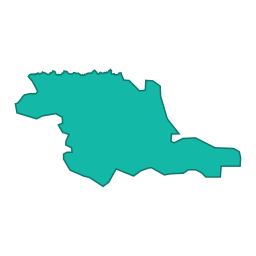 Kochkor, Naryn, Kyrgyzstan
{"feature_id": "92254566B91475700804664", "entity_name": "Kochkor", "entity_type": "district", "adm_level": 2, "iso_a3": "KGZ", "parent_name": "Kyrgyzstan", "parent_adm1": "Naryn", "projection": "mercator", "projection_center": [75.232, 42.072], "detail": "fine", "context": "isolated", "style": "filled", "palette": "teal", "viewbox_px": 256, "rotation_deg": 0, "n_neighbors": 0, "source": "geoboundaries", "source_scale": "gbopen_adm2", "svg_char_len": 3527}
<svg xmlns="http://www.w3.org/2000/svg" viewBox="0 0 256 256"><path d="M29.4,75.0L28.4,76.5L29.4,77.9L32.2,81.1L34.7,85.4L37.4,91.0L37.6,91.9L36.1,93.6L33.9,93.8L30.3,93.6L28.6,94.0L24.6,94.9L22.9,96.4L22.0,97.7L18.2,102.6L16.7,103.5L15.4,103.8L17.0,112.9L36.7,118.8L42.0,116.0L55.8,113.6L62.3,117.3L62.6,123.2L58.3,125.0L62.7,132.4L69.0,134.4L66.0,141.1L65.8,145.0L71.5,147.7L72.1,152.3L66.8,152.3L63.6,154.1L63.6,154.7L63.6,159.1L63.9,159.6L70.1,170.1L83.7,176.0L89.7,177.6L103.1,186.4L108.8,182.1L116.1,168.9L133.6,176.0L140.9,170.7L148.2,168.1L151.6,167.7L164.4,174.9L170.0,173.8L183.4,173.2L188.2,169.8L195.9,169.8L201.5,172.7L205.8,177.0L220.3,177.0L221.2,166.1L240.1,166.1L240.6,157.8L239.3,151.8L233.4,148.5L215.0,147.8L195.4,137.9L182.8,138.5L174.2,142.8L171.0,141.5L171.5,134.0L179.1,133.8L167.2,118.8L160.6,96.3L160.2,86.2L152.8,80.9L145.8,80.4L145.3,90.3L139.4,90.8L129.1,80.5L123.8,80.1L121.7,75.5L121.0,72.9L120.6,73.1L120.2,73.0L119.9,72.9L119.3,73.2L118.9,73.2L118.8,74.0L118.4,74.2L118.1,74.5L117.6,74.7L117.0,74.7L116.6,75.0L116.1,74.7L115.5,74.8L114.7,74.8L114.3,74.2L114.2,73.9L113.9,73.7L113.5,73.9L113.2,74.1L112.7,74.2L112.2,74.2L111.7,73.8L111.5,73.4L111.2,73.2L111.2,72.2L111.0,71.8L111.1,71.6L111.5,71.4L111.5,70.9L111.3,70.6L111.3,70.4L111.0,70.2L110.4,69.6L110.3,70.0L110.1,70.2L109.8,70.4L109.0,70.9L107.7,72.5L107.2,72.7L106.5,72.2L106.2,72.6L105.9,72.8L105.3,73.0L105.0,72.7L104.8,72.5L104.1,72.7L103.9,73.0L103.7,73.1L103.0,73.2L102.5,73.5L101.9,73.3L101.3,72.9L100.8,72.4L100.7,72.4L100.3,72.4L99.9,72.7L99.6,73.1L99.2,73.2L99.1,73.7L98.9,74.0L98.6,74.2L98.2,74.2L97.5,73.8L97.5,73.6L97.1,73.2L96.9,73.0L96.8,72.5L96.4,72.2L96.0,71.6L95.5,71.2L95.0,70.7L94.7,70.2L94.1,70.8L93.8,70.9L93.5,70.9L92.9,71.7L92.4,72.0L92.1,72.6L91.8,72.8L91.5,73.2L91.1,73.1L90.6,73.2L90.3,73.1L90.0,73.3L89.6,73.1L89.2,73.0L88.7,73.2L88.5,73.3L88.1,73.5L87.5,73.4L86.8,73.6L86.6,73.8L86.1,74.1L85.6,74.6L85.3,74.5L84.9,74.5L84.4,75.0L83.9,75.3L83.4,75.1L83.0,75.1L82.7,75.1L82.3,74.7L81.9,75.2L81.1,75.4L80.4,75.0L80.2,74.5L79.2,73.9L78.4,73.2L78.0,73.3L77.0,73.3L76.6,73.5L75.9,73.3L75.3,73.0L75.1,72.9L74.5,72.6L73.7,72.6L72.9,73.5L72.1,74.1L71.7,74.0L71.4,74.2L70.9,74.1L70.5,74.0L70.2,74.1L69.9,74.0L69.5,74.0L69.2,73.9L68.8,73.5L68.7,73.4L68.0,73.1L67.8,73.1L67.5,72.7L67.4,72.6L67.3,71.9L66.3,71.7L66.0,71.2L65.5,71.4L65.2,71.4L64.3,71.1L64.4,71.5L63.8,71.9L63.8,72.2L63.7,72.4L63.5,72.7L63.2,72.7L63.1,73.1L62.3,73.5L61.9,73.5L61.8,74.1L61.2,74.6L61.0,74.8L60.7,74.7L60.1,74.6L59.5,74.8L58.4,74.5L58.1,74.9L57.8,74.9L57.5,75.0L57.2,75.0L56.8,74.8L56.1,74.4L55.8,73.8L55.6,73.3L54.8,72.4L54.9,71.9L54.9,71.5L54.5,71.3L54.2,71.2L53.7,71.2L52.9,71.0L52.6,71.1L52.4,72.3L52.3,72.6L51.9,72.7L51.5,72.7L51.2,72.7L50.9,72.7L50.6,72.9L50.1,73.1L50.1,73.3L49.8,74.1L48.6,74.4L47.5,74.4L47.0,74.2L45.7,73.4L45.5,73.5L45.2,73.3L45.0,73.0L43.9,72.6L43.8,72.8L43.5,72.8L43.2,72.8L43.0,72.6L42.8,72.3L42.5,72.1L42.2,72.9L42.1,73.1L41.6,73.2L41.2,73.2L41.2,73.5L40.9,73.8L40.2,74.1L39.6,74.2L39.3,74.1L39.2,73.9L39.0,73.7L38.9,73.6L38.9,73.4L38.7,73.4L38.4,73.2L38.1,73.0L37.8,73.3L37.4,73.4L37.2,73.5L37.0,73.8L36.9,73.7L36.5,73.7L36.2,73.7L36.1,73.8L35.7,74.1L35.6,74.4L35.3,74.4L35.2,74.5L35.1,74.4L34.9,74.3L34.7,74.1L34.4,74.0L34.2,74.0L34.1,74.3L33.9,74.5L33.7,74.6L33.1,74.4L33.0,74.2L32.8,74.2L32.7,74.2L32.4,74.2L32.2,74.2L32.1,74.4L31.8,74.4L31.6,74.3L31.4,74.4L31.2,74.3L31.1,74.2L30.8,74.3L30.7,74.4L30.5,74.5L30.4,74.5L30.0,74.6L29.7,74.6L29.4,75.0Z" fill="#14b8a6" stroke="#0f766e" stroke-width="1.5"/></svg>